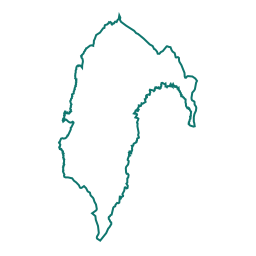 the district of Wang Sam Mo, Udon Thani, Thailand
{"feature_id": "78962969B45411926077812", "entity_name": "Wang Sam Mo", "entity_type": "district", "adm_level": 2, "iso_a3": "THA", "parent_name": "Thailand", "parent_adm1": "Udon Thani", "projection": "equal_earth", "projection_center": [103.422, 17.016], "detail": "fine", "context": "isolated", "style": "outline", "palette": "teal", "viewbox_px": 256, "rotation_deg": 0, "n_neighbors": 0, "source": "geoboundaries", "source_scale": "gbopen_adm2", "svg_char_len": 5685}
<svg xmlns="http://www.w3.org/2000/svg" viewBox="0 0 256 256"><path d="M81.1,56.1L81.6,57.8L82.4,58.6L82.8,60.3L82.9,61.8L82.2,65.2L82.1,67.6L80.6,65.7L79.7,65.4L78.8,66.1L78.1,65.4L76.8,66.4L76.2,68.2L76.4,69.1L75.7,70.4L75.7,72.6L75.3,73.7L75.3,75.2L75.1,75.9L75.4,77.4L75.2,78.4L76.0,79.0L76.0,79.7L76.4,79.6L76.3,81.6L75.9,82.1L76.3,82.7L75.8,83.9L76.1,84.7L75.4,85.5L75.8,86.3L75.0,87.1L74.7,88.1L74.8,89.2L74.4,89.3L74.2,90.9L73.7,91.4L73.7,93.5L72.0,94.4L72.3,96.3L72.0,96.4L71.8,97.5L71.9,98.1L71.0,99.0L70.8,100.4L70.2,101.1L71.0,103.9L71.5,104.3L70.7,106.0L71.0,106.9L70.2,108.5L70.4,109.6L70.9,109.8L70.8,111.3L71.0,111.4L70.1,112.4L69.6,112.1L69.5,113.0L69.0,113.6L67.6,113.4L67.5,112.8L67.2,112.5L66.8,113.2L66.3,113.2L65.5,112.7L65.4,112.1L65.1,112.4L64.8,112.0L64.4,112.8L64.6,112.9L64.3,113.6L64.7,113.8L64.8,114.9L64.3,114.9L64.0,115.5L64.4,116.6L64.0,118.0L64.3,118.4L63.6,118.5L63.7,119.0L63.1,119.1L63.1,119.9L62.7,120.3L63.2,121.6L65.2,119.8L66.3,119.7L68.2,121.5L69.6,122.4L71.1,122.6L72.7,121.7L73.5,122.4L73.5,123.0L71.4,127.2L70.7,127.8L70.8,129.4L68.0,135.5L67.5,135.4L66.5,137.4L65.2,138.3L63.6,138.6L62.5,138.2L61.1,138.6L60.2,140.6L59.8,142.2L59.3,142.1L59.0,142.7L60.3,144.5L60.2,145.4L59.6,146.5L59.8,146.8L59.2,147.3L59.8,149.0L60.5,148.9L61.0,149.5L61.4,149.2L61.7,149.6L61.8,150.4L62.7,151.2L62.6,152.1L62.9,152.0L62.8,153.0L63.3,153.2L63.2,153.9L63.5,154.0L63.0,154.8L63.3,155.7L63.6,155.9L63.2,157.2L63.4,157.4L63.2,157.7L63.5,158.1L63.6,158.9L64.0,158.9L64.3,159.4L64.0,160.6L64.1,162.0L63.8,162.6L64.0,163.4L63.6,163.9L64.2,164.7L63.9,165.0L63.8,165.8L63.2,166.1L63.3,166.6L63.0,167.1L63.3,167.4L63.1,169.4L63.4,170.1L63.1,170.4L63.3,171.0L63.0,171.6L64.4,174.6L64.0,175.6L64.3,176.8L65.5,177.4L68.0,177.4L72.2,178.3L73.9,180.7L76.2,182.4L78.9,185.2L80.0,187.6L80.5,187.9L81.5,187.9L84.0,186.1L86.1,188.2L87.7,191.4L89.9,192.6L90.6,195.4L93.0,197.8L93.6,198.9L94.4,201.6L96.0,204.5L96.8,209.0L96.4,210.1L95.9,210.6L92.1,213.3L95.4,216.1L95.8,219.8L98.0,226.0L98.8,232.8L98.3,234.4L97.0,236.5L96.8,237.8L97.1,238.6L100.2,240.6L106.2,233.1L108.2,228.6L109.5,227.1L111.3,224.1L111.2,222.4L110.2,221.6L109.8,220.3L108.8,219.0L108.7,217.3L109.0,216.8L109.9,216.3L110.5,215.2L111.6,214.7L113.3,207.6L114.0,206.8L115.2,206.3L115.5,204.8L117.1,202.9L118.5,203.2L119.3,202.6L119.8,196.6L120.2,196.6L121.0,198.1L121.7,196.9L123.0,196.2L123.1,195.5L122.5,194.7L122.5,193.9L124.2,190.8L124.8,187.5L125.3,187.3L126.7,188.4L127.5,188.0L127.8,185.8L126.4,183.6L127.3,182.6L127.3,178.4L128.2,177.5L128.6,175.0L127.8,173.8L126.7,173.8L126.1,172.5L125.8,168.2L126.2,166.8L128.1,164.5L128.7,161.8L128.6,160.8L127.7,160.0L127.7,159.3L128.9,156.0L129.9,155.6L129.0,154.6L129.4,153.7L128.8,152.6L129.1,152.2L129.5,152.2L130.4,152.6L130.7,153.4L131.2,153.4L131.2,152.6L130.3,151.4L131.7,151.3L132.2,149.9L132.0,148.5L132.3,146.9L131.8,145.8L133.2,145.6L133.7,143.7L136.4,142.3L136.3,141.3L137.0,140.8L137.1,138.8L137.3,138.4L138.8,137.8L138.9,137.3L138.1,135.0L138.7,133.0L137.4,126.2L137.6,123.4L137.2,123.1L137.0,122.4L138.2,119.6L138.4,118.6L137.6,118.1L135.4,117.5L137.1,114.8L136.6,113.7L135.0,113.8L133.9,113.5L135.4,111.6L135.6,110.5L136.5,110.0L137.4,110.9L137.9,111.0L138.7,109.5L137.6,108.7L138.8,106.8L138.8,105.4L139.5,105.5L140.1,106.1L141.0,105.8L141.6,103.3L142.7,103.7L145.6,101.9L144.8,99.2L145.7,98.9L145.9,98.0L147.0,97.3L147.0,96.9L146.1,96.4L146.1,95.8L146.6,95.1L148.6,94.5L149.4,94.9L149.8,94.7L149.8,93.6L150.3,92.5L149.7,90.3L150.0,89.7L153.4,90.5L153.9,91.1L154.7,90.3L154.8,88.7L155.2,88.5L155.3,87.4L156.2,87.2L157.0,88.0L158.4,87.3L158.6,87.5L158.4,88.3L159.7,88.7L159.8,88.1L160.4,87.7L160.6,88.7L160.8,87.3L160.5,87.0L161.4,85.9L161.1,84.3L161.6,83.9L161.6,83.0L162.0,82.9L162.5,82.9L164.8,84.3L165.5,83.7L165.7,85.1L165.5,86.5L166.5,86.6L167.0,87.2L167.8,86.1L169.3,86.2L169.8,85.6L170.2,85.6L170.4,84.3L170.7,83.9L171.3,85.3L171.0,85.5L171.0,86.4L171.6,86.5L172.0,86.1L172.2,86.3L172.0,85.4L172.5,85.2L173.1,84.1L173.9,85.9L174.8,86.0L174.7,86.8L176.1,87.0L176.6,86.5L177.3,87.9L178.4,87.7L178.1,88.5L178.5,88.4L178.9,89.1L178.5,89.6L178.7,90.4L180.0,91.3L179.9,92.1L180.9,93.2L180.7,94.1L181.6,94.9L181.1,95.5L181.2,96.3L182.8,96.6L183.2,97.4L183.9,97.7L184.5,98.7L185.6,99.4L185.5,102.5L185.9,103.6L186.0,105.9L187.3,108.1L188.0,107.7L188.2,108.2L188.9,108.2L188.9,108.8L189.4,108.7L190.2,110.7L191.1,111.6L190.7,115.3L190.9,115.8L190.6,116.3L190.5,117.8L190.2,117.6L190.3,118.4L189.5,120.3L189.6,121.0L188.8,122.2L189.1,123.2L188.7,123.4L188.6,124.0L190.1,125.5L193.5,126.6L194.7,126.3L194.2,122.8L193.8,121.7L193.8,117.2L194.4,114.1L195.9,110.8L196.3,107.9L196.0,106.7L194.6,104.5L194.5,101.9L194.1,101.4L192.1,100.3L191.6,99.2L191.5,97.7L192.3,92.6L194.1,90.6L194.9,89.2L196.1,82.7L197.0,80.9L195.3,78.5L192.4,76.5L187.9,76.1L186.9,76.6L185.9,77.8L185.1,77.6L184.7,76.4L184.5,72.9L181.4,65.1L179.5,62.0L179.1,60.8L178.9,57.9L177.9,57.1L176.2,57.5L175.7,57.3L174.7,53.1L172.6,51.6L171.6,50.1L170.5,47.2L168.3,46.8L167.6,46.3L166.7,46.3L162.8,51.1L160.8,52.1L159.4,53.8L157.7,53.7L157.0,51.6L155.2,49.4L154.2,49.1L152.6,46.0L149.7,44.4L143.7,38.6L138.1,34.0L136.1,33.1L134.2,30.8L126.2,25.7L121.0,21.8L119.9,19.7L120.3,17.6L119.3,15.4L118.7,19.0L117.6,19.9L116.6,22.0L115.6,21.6L115.0,21.7L114.2,23.1L113.7,23.2L113.5,23.7L112.5,23.8L112.0,24.5L111.4,23.8L111.5,22.9L110.3,22.0L109.7,22.5L109.2,22.3L109.2,22.8L108.1,23.7L107.9,23.6L107.3,24.4L105.0,25.1L104.7,25.7L104.4,27.9L103.1,28.3L100.0,32.6L96.2,35.0L94.8,38.9L93.9,40.7L93.8,43.4L93.2,45.1L93.2,45.8L91.6,45.3L90.1,45.6L86.6,48.3L86.2,48.3L85.6,49.7L85.2,49.9L84.9,51.0L84.1,51.7L83.5,53.5L81.8,55.1L81.8,55.9L81.1,56.1Z" fill="none" stroke="#0f766e" stroke-width="2"/></svg>